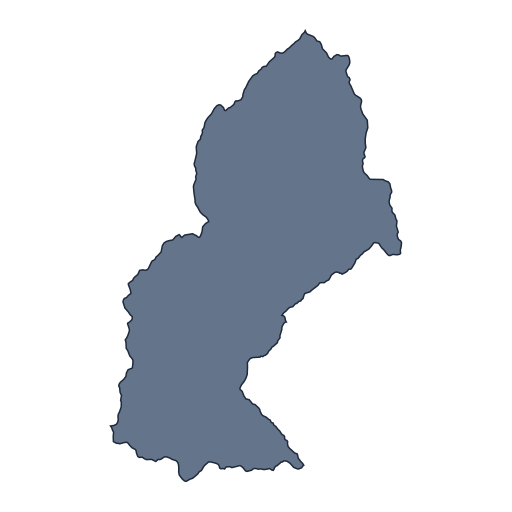 Pomabamba, Áncash, Peru
{"feature_id": "86281439B64426099138433", "entity_name": "Pomabamba", "entity_type": "district", "adm_level": 2, "iso_a3": "PER", "parent_name": "Peru", "parent_adm1": "Áncash", "projection": "equal_earth", "projection_center": [-77.411, -8.715], "detail": "fine", "context": "isolated", "style": "filled", "palette": "slate", "viewbox_px": 512, "rotation_deg": 0, "n_neighbors": 0, "source": "geoboundaries", "source_scale": "gbopen_adm2", "svg_char_len": 6058}
<svg xmlns="http://www.w3.org/2000/svg" viewBox="0 0 512 512"><path d="M137.8,456.5L139.3,457.4L142.3,457.2L144.5,458.8L146.5,459.6L151.6,459.4L155.8,461.5L158.1,459.4L159.7,459.6L161.0,459.2L164.4,456.9L166.6,456.9L169.7,458.0L172.1,459.4L175.7,460.5L177.0,461.5L178.0,463.1L178.5,464.9L178.8,467.9L178.7,471.7L179.2,474.9L181.8,478.5L184.4,480.9L185.6,481.3L186.7,481.1L189.9,479.2L192.6,478.3L194.7,476.6L197.8,473.9L199.1,471.9L201.4,470.5L204.3,465.7L208.4,462.1L210.6,461.9L215.0,463.0L217.7,464.0L219.1,465.6L219.7,468.1L220.9,468.8L223.0,468.5L224.6,469.0L226.0,467.1L226.7,466.9L230.1,466.7L231.9,467.6L239.9,465.6L241.2,466.2L243.1,467.8L245.5,470.9L247.1,471.4L251.7,470.2L253.3,468.7L254.7,468.5L256.5,468.6L258.0,469.2L260.7,468.9L264.1,469.6L269.8,468.6L271.7,470.0L273.2,470.4L273.9,469.4L274.6,467.6L275.8,466.1L277.3,465.6L278.5,464.3L279.8,463.5L280.9,462.1L282.2,462.1L284.1,460.8L287.1,461.3L290.1,463.3L293.7,467.4L297.7,469.0L298.9,468.9L301.6,467.8L302.8,466.0L303.8,465.3L302.5,463.2L301.1,461.9L298.2,458.1L297.5,454.7L297.1,453.8L294.7,453.0L289.6,448.4L288.2,446.6L287.9,445.9L287.5,443.7L287.6,441.5L286.9,440.5L285.3,439.8L284.7,439.1L284.6,436.8L283.9,435.5L282.0,434.5L279.6,430.9L277.6,428.9L275.6,426.2L274.4,425.7L273.6,424.5L273.2,423.1L271.3,422.5L270.1,420.0L268.6,419.3L266.2,417.2L263.2,415.8L261.8,414.7L260.2,411.5L259.7,409.5L258.8,408.1L255.0,404.5L252.6,404.0L249.3,399.8L247.2,399.1L246.0,399.1L244.0,396.1L242.2,391.4L240.0,389.3L240.0,388.0L241.4,385.0L244.2,381.4L245.9,378.3L247.2,374.5L247.5,367.3L247.4,362.4L249.6,359.2L250.5,358.4L252.7,357.6L260.1,357.1L260.4,356.5L260.9,356.2L262.8,356.6L264.0,355.6L265.3,355.3L267.4,353.6L268.9,350.9L270.7,349.3L272.1,347.0L273.5,346.2L277.4,342.7L277.7,340.9L279.8,338.1L280.1,337.2L279.8,336.1L281.8,329.6L281.8,327.7L282.5,325.8L283.8,323.4L285.5,322.0L286.3,322.0L285.5,320.5L285.0,317.9L284.4,316.5L283.2,315.7L281.9,315.4L283.8,312.7L285.7,311.4L288.5,308.3L290.3,307.2L292.8,306.7L295.2,303.9L296.8,303.4L299.0,301.4L300.6,301.0L301.2,300.5L301.7,299.3L302.5,299.1L303.0,298.5L304.1,294.8L305.0,293.4L309.9,291.9L311.8,290.1L317.9,285.4L319.4,283.3L320.4,282.7L324.5,282.6L326.0,281.2L328.6,280.0L329.3,279.1L331.4,275.0L334.7,272.5L335.9,272.1L337.5,272.1L338.9,272.6L339.5,273.2L341.0,273.2L342.1,274.2L345.9,272.2L347.1,271.3L348.8,269.2L350.4,269.2L351.3,268.7L354.7,263.3L356.3,259.1L358.1,258.4L360.5,255.2L362.4,253.9L363.7,252.1L368.9,249.0L371.6,245.9L373.7,242.9L374.5,242.6L377.9,243.0L378.9,243.6L382.1,248.3L383.3,249.2L387.7,254.6L389.0,255.5L390.2,255.5L392.8,254.4L397.0,254.8L399.6,254.3L400.6,253.4L400.3,250.1L401.2,246.3L401.5,242.5L400.7,241.0L398.5,239.4L397.2,236.0L397.3,234.1L398.2,232.1L396.4,226.0L397.0,220.9L396.0,219.3L394.9,215.0L392.2,212.1L391.9,210.4L392.0,208.2L389.8,205.1L389.1,202.0L389.2,200.6L390.1,197.2L390.1,194.9L391.6,192.4L391.7,191.6L391.5,190.1L390.7,188.1L389.9,183.8L388.2,181.8L385.7,181.0L383.0,179.5L370.2,179.3L369.3,178.6L367.2,175.6L364.3,172.9L363.4,171.4L362.4,167.0L362.5,165.5L363.1,163.6L362.5,161.0L362.6,160.0L363.2,158.6L364.5,157.9L365.1,156.8L364.0,153.6L363.9,152.4L365.9,147.6L365.3,143.6L365.2,139.1L366.1,133.0L367.8,127.8L367.3,120.2L362.8,114.0L360.8,108.6L360.5,106.1L361.6,101.4L361.3,99.5L359.9,97.9L355.4,95.1L354.3,93.9L350.6,85.3L349.4,83.6L349.2,81.7L350.0,80.0L350.0,79.5L349.3,77.7L348.0,76.9L347.3,75.9L345.9,71.2L346.2,69.7L349.0,65.1L349.7,63.3L349.8,61.6L349.5,59.3L348.9,57.1L348.1,55.8L347.2,55.4L340.8,56.1L338.5,54.8L337.0,54.6L333.9,56.4L332.1,58.8L331.2,59.1L330.2,58.7L328.5,57.1L326.6,53.0L322.5,48.8L321.4,44.7L320.0,42.1L319.1,41.5L317.0,41.1L314.5,37.5L313.3,36.5L307.4,34.1L306.4,33.2L305.2,30.7L304.5,32.2L301.9,34.7L299.7,38.9L298.3,40.2L295.4,42.0L293.7,43.9L292.6,44.6L288.6,48.4L287.3,49.1L284.5,52.0L283.0,52.9L282.2,53.1L280.1,53.0L277.7,51.9L276.2,52.4L275.2,53.6L275.1,56.0L274.3,57.4L269.3,61.8L266.7,65.7L265.9,66.3L264.0,66.4L262.1,67.4L261.0,69.4L259.0,70.6L257.2,73.5L254.8,74.5L252.8,75.8L248.7,81.4L245.7,87.8L244.4,89.6L243.0,94.2L242.7,96.8L240.9,99.8L237.8,100.9L235.8,100.9L235.0,101.7L233.9,104.4L230.4,107.4L228.5,108.0L225.7,110.6L224.5,110.3L223.5,107.6L220.8,105.1L219.1,104.7L217.0,105.6L214.4,108.5L211.5,113.8L207.8,117.8L205.6,121.2L204.9,122.9L204.0,127.6L202.2,130.3L202.5,132.3L201.8,134.8L200.8,136.2L200.3,139.3L198.0,141.5L196.2,146.8L196.7,153.4L194.5,162.7L194.1,163.7L194.6,166.2L195.6,167.8L196.0,171.2L196.5,172.4L196.7,173.5L195.7,176.7L195.7,177.5L196.1,178.5L195.9,179.5L193.7,185.1L193.4,186.8L194.1,193.8L195.0,199.6L195.1,202.5L196.1,205.0L197.7,207.3L200.2,212.1L202.8,214.7L206.3,217.2L208.2,220.0L208.7,221.6L205.6,223.5L202.7,226.8L202.0,231.9L200.3,236.3L199.5,237.3L198.1,237.1L196.2,235.5L194.4,234.8L192.6,233.7L184.6,235.1L181.8,237.5L181.2,237.2L180.3,235.7L179.1,234.6L175.8,236.4L172.7,240.0L169.7,240.5L166.4,241.4L164.0,243.0L162.4,245.6L161.1,252.0L157.7,255.7L156.1,256.9L155.5,258.5L154.1,260.1L152.4,260.8L151.6,261.7L148.6,268.0L147.5,269.6L145.1,270.3L142.6,269.8L139.6,270.4L137.8,274.5L135.1,276.7L133.6,278.3L132.5,280.6L131.0,281.4L128.4,283.5L128.3,284.4L130.3,289.9L131.0,293.4L128.5,295.3L126.5,297.6L124.5,298.3L123.6,299.5L123.3,300.4L123.0,302.0L124.9,308.0L128.3,311.9L130.1,314.7L132.2,316.5L132.2,318.7L131.9,319.7L129.6,322.0L127.7,323.1L127.6,324.0L129.0,328.0L129.4,329.9L129.3,331.0L128.0,335.1L126.3,338.6L125.4,339.4L125.4,340.5L126.0,342.5L126.2,348.3L127.7,350.5L129.8,356.0L131.6,358.0L132.9,360.0L132.9,363.6L132.4,367.6L132.0,368.2L128.1,369.7L126.4,373.0L125.9,376.4L125.5,377.0L123.7,379.4L120.4,382.2L119.0,384.3L118.8,386.3L119.6,387.7L120.1,392.4L121.5,395.5L120.6,400.4L121.3,402.1L121.2,407.0L119.6,411.6L118.2,414.5L118.0,416.2L118.2,419.9L117.7,422.1L116.8,423.7L116.2,424.4L113.8,425.5L110.5,426.0L111.7,427.7L112.6,430.4L113.6,432.1L113.2,436.6L113.4,441.6L116.5,443.3L118.0,443.3L119.7,443.8L124.4,442.5L126.9,442.3L128.2,443.3L129.4,445.0L131.9,447.7L135.0,449.3L135.9,450.1L136.5,453.2L137.8,456.5Z" fill="#64748b" stroke="#1e293b" stroke-width="1.5"/></svg>